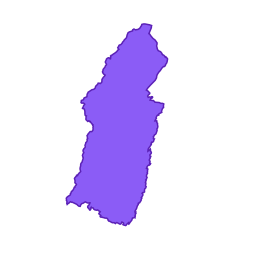 Fray Mamerto Esquiú, Catamarca, Argentina (Natural Earth projection), rotated 215°
{"feature_id": "61730980B86021730445369", "entity_name": "Fray Mamerto Esquiú", "entity_type": "district", "adm_level": 2, "iso_a3": "ARG", "parent_name": "Argentina", "parent_adm1": "Catamarca", "projection": "natural_earth1", "projection_center": [-65.731, -28.34], "detail": "fine", "context": "isolated", "style": "filled", "palette": "violet", "viewbox_px": 256, "rotation_deg": 215, "n_neighbors": 0, "source": "geoboundaries", "source_scale": "gbopen_adm2", "svg_char_len": 5808}
<svg xmlns="http://www.w3.org/2000/svg" viewBox="0 0 256 256"><g transform="rotate(215 128 128)"><path d="M135.5,207.5L137.8,208.0L137.8,207.4L138.3,207.4L140.0,208.1L141.0,208.1L141.5,207.8L142.4,208.0L142.8,208.5L145.1,209.2L147.6,208.7L149.6,209.7L149.7,210.0L151.5,211.5L151.9,212.1L152.2,213.1L153.0,214.4L156.2,215.6L159.0,215.7L162.2,216.6L164.5,217.5L165.0,217.3L166.4,223.6L166.7,223.7L167.4,225.5L169.5,224.9L173.7,223.0L174.9,222.2L176.1,220.8L175.7,219.7L175.6,216.4L176.3,214.6L178.2,212.7L179.9,212.5L180.5,211.1L180.0,210.2L182.0,207.5L182.6,206.1L182.0,203.4L181.7,202.9L181.1,201.2L181.1,200.4L181.6,198.0L181.4,197.0L181.7,195.0L181.4,194.3L181.7,192.2L182.5,191.2L182.8,190.5L182.5,189.5L182.5,187.9L181.9,187.6L180.6,187.2L181.1,185.7L181.0,185.0L181.1,183.6L181.5,182.8L181.8,181.5L182.4,180.3L182.9,178.6L183.5,177.8L183.6,177.0L183.0,176.7L183.0,176.3L182.0,174.7L182.2,174.4L183.9,174.6L184.3,174.3L184.9,173.4L185.2,172.1L184.9,171.4L184.6,169.4L184.2,168.8L182.2,167.9L181.9,167.4L182.2,166.2L181.8,164.8L182.0,161.9L181.8,161.2L181.4,160.7L181.2,159.5L180.6,159.2L180.5,158.8L178.7,158.2L177.1,158.2L177.0,157.0L177.3,155.3L177.2,152.9L175.9,150.8L175.8,150.3L176.1,148.6L177.6,148.1L178.2,147.5L178.0,147.1L178.0,146.1L178.4,144.2L178.3,143.1L177.8,142.1L178.0,140.6L178.8,139.3L179.4,138.9L181.2,134.4L180.9,133.3L180.9,132.3L179.6,130.0L181.0,127.8L181.2,127.2L180.8,126.1L180.8,125.5L182.0,123.8L181.4,122.8L181.3,122.1L180.7,121.8L179.9,121.9L179.1,122.8L178.1,122.9L177.1,122.7L177.2,120.8L176.7,119.2L176.7,118.1L176.0,118.0L175.1,118.4L174.5,118.4L172.5,116.5L171.9,115.5L170.5,113.9L169.8,113.8L169.0,114.0L168.8,113.0L168.1,112.2L167.7,111.2L167.1,110.7L164.7,110.3L164.6,110.5L164.5,111.2L164.3,111.4L163.5,111.6L163.4,111.2L163.1,111.1L162.4,111.6L161.5,111.1L160.0,110.9L159.4,110.4L158.5,110.5L158.4,109.9L157.5,109.5L157.0,108.3L156.0,107.2L155.4,105.7L155.6,104.2L156.4,103.9L157.0,103.3L157.3,99.9L157.1,99.5L157.2,98.2L156.0,97.3L155.4,96.2L154.9,96.1L154.9,94.9L154.3,94.5L154.2,94.2L153.9,93.2L154.2,91.8L153.7,90.8L153.3,89.1L152.3,88.2L152.1,87.8L152.0,87.2L152.3,85.6L152.0,85.0L152.2,84.5L151.9,83.7L151.0,82.8L150.6,82.8L150.0,82.4L150.0,80.6L149.5,79.2L148.6,78.7L148.1,78.1L147.8,78.1L147.3,77.4L146.0,73.3L146.2,72.7L146.2,71.9L145.6,70.5L145.1,70.0L144.6,68.4L143.8,66.9L141.8,65.2L142.0,63.7L142.2,63.2L142.2,61.8L142.4,61.1L142.0,60.1L142.2,59.8L143.0,59.7L142.7,58.8L142.9,58.0L142.8,57.7L143.0,57.0L142.9,55.9L141.1,54.4L140.1,52.7L137.9,52.3L137.7,51.4L137.9,50.8L137.9,49.7L137.5,49.2L138.0,48.6L137.6,47.1L137.5,45.6L137.5,44.5L138.0,43.7L137.4,41.9L137.6,41.3L136.9,40.3L136.9,40.1L138.2,36.8L138.3,35.2L138.1,34.8L137.4,34.2L136.9,33.3L136.4,33.2L135.5,32.4L135.0,31.2L134.0,30.5L133.8,31.7L133.4,32.3L132.9,34.6L131.6,34.8L131.3,35.2L127.9,35.8L125.9,36.1L124.8,35.8L123.2,35.8L122.2,36.4L122.6,37.8L122.6,39.2L122.4,39.8L121.8,40.3L120.6,43.0L118.4,43.3L117.1,44.0L116.8,44.5L116.3,44.9L116.0,44.3L115.8,42.8L116.1,41.3L115.9,40.4L115.4,39.8L113.0,39.2L112.4,38.8L111.9,39.1L111.9,39.7L112.0,40.4L112.4,40.9L112.7,41.1L112.5,41.5L112.6,41.9L112.2,41.7L110.9,42.5L109.5,41.9L108.3,41.9L106.6,42.6L105.8,43.5L104.6,43.3L103.6,43.5L102.7,43.4L102.9,42.3L102.7,41.0L100.1,40.8L100.0,40.2L100.2,39.7L99.5,39.3L98.7,39.6L98.2,40.1L97.1,40.3L96.1,40.8L95.1,41.0L93.7,42.0L92.1,41.7L91.4,41.0L90.4,40.7L90.0,41.0L86.6,41.4L85.6,42.1L85.6,41.8L85.5,42.1L84.9,42.5L83.5,42.5L83.4,43.2L82.9,44.2L80.3,44.5L79.5,44.6L79.0,45.0L78.8,45.6L79.1,47.4L78.5,47.6L77.2,47.6L76.9,47.4L76.8,46.0L76.4,45.9L74.0,46.7L73.8,47.0L73.7,49.2L73.3,50.6L72.7,49.8L72.2,49.7L72.1,50.2L72.2,51.8L72.0,54.6L72.7,56.8L71.9,57.5L71.5,58.3L70.8,58.5L71.1,58.9L71.4,59.8L71.9,60.0L72.0,60.9L72.6,61.6L72.5,62.4L73.1,62.4L73.4,62.8L73.3,63.4L73.6,63.4L73.6,63.6L74.2,63.3L74.6,64.1L74.8,66.9L75.7,69.6L75.7,71.3L76.2,71.8L76.4,72.5L75.6,73.2L75.7,76.2L76.3,77.1L76.4,78.5L76.6,78.7L77.2,78.7L77.2,81.1L77.4,81.8L78.0,82.3L79.0,82.5L79.0,83.5L78.4,84.1L78.1,84.1L77.8,85.2L78.6,86.1L79.4,87.8L79.1,89.0L79.5,90.4L80.3,90.5L81.0,91.6L81.3,92.6L82.4,93.2L82.3,93.7L82.8,94.2L83.1,95.5L83.7,95.7L83.5,96.5L83.9,97.5L83.9,98.3L84.5,98.7L85.0,98.8L85.9,100.3L86.0,102.1L86.8,102.6L86.8,103.2L87.8,104.5L87.8,105.0L88.1,105.6L88.8,106.1L89.3,105.4L89.7,105.4L90.2,107.3L90.2,108.0L89.9,109.4L89.4,109.5L89.1,110.2L88.9,110.9L89.1,111.9L89.5,111.9L89.8,111.3L90.3,111.8L90.8,113.4L91.1,113.6L91.8,113.6L92.3,114.1L92.5,115.9L92.8,116.0L92.9,116.7L92.9,117.6L93.1,117.9L94.1,117.7L94.7,118.6L94.4,120.4L94.8,121.3L95.8,121.9L96.2,121.8L97.2,123.2L97.7,123.6L97.8,122.4L98.4,120.5L99.1,121.7L99.4,122.5L99.5,123.6L99.4,127.6L99.8,127.6L100.0,128.2L99.8,128.4L99.9,128.8L100.6,129.6L100.5,130.0L100.0,130.2L99.6,130.6L99.5,132.3L100.0,132.9L100.1,134.2L101.1,133.9L101.5,134.7L102.3,135.5L102.1,136.5L102.4,137.6L101.9,138.4L101.8,139.4L102.7,142.6L103.8,143.9L103.8,145.0L104.5,146.5L105.7,147.6L106.5,148.8L106.9,148.8L107.9,149.3L108.3,150.3L108.7,150.3L110.0,149.3L110.3,151.0L110.2,152.1L111.0,152.7L111.3,154.9L111.0,155.8L110.2,156.1L110.2,156.3L110.8,157.1L110.7,157.5L109.3,160.2L110.0,160.7L110.7,162.7L110.9,163.9L110.9,164.5L110.6,165.0L110.7,165.4L111.7,166.4L112.2,167.7L112.6,168.3L113.8,168.0L115.3,167.0L117.0,166.8L120.7,164.6L121.5,164.9L123.2,165.0L124.0,164.3L124.7,164.2L125.8,163.5L126.3,165.1L125.4,166.3L125.5,167.4L126.0,167.6L126.6,167.3L127.2,166.2L128.2,165.8L129.0,164.7L130.2,165.4L130.3,167.0L129.9,168.2L130.1,169.1L130.7,169.1L132.3,169.7L134.7,169.6L134.7,172.7L134.4,174.4L134.3,175.6L133.1,182.7L133.4,185.4L134.3,187.1L134.7,188.6L134.8,191.4L134.5,193.5L134.6,196.4L134.3,198.2L134.2,198.7L133.6,199.0L133.3,199.8L133.2,200.6L133.6,201.3L133.6,203.5L134.1,205.0L135.1,207.1L135.5,207.5Z" fill="#8b5cf6" stroke="#5b21b6" stroke-width="1.5"/></g></svg>